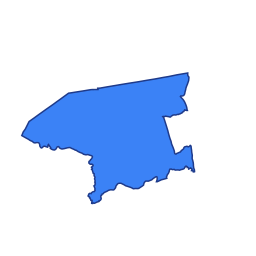 Emurua Dikirr, Rift Valley, Kenya, rotated 311°
{"feature_id": "3690345B94519254853834", "entity_name": "Emurua Dikirr", "entity_type": "district", "adm_level": 2, "iso_a3": "KEN", "parent_name": "Kenya", "parent_adm1": "Rift Valley", "projection": "mercator", "projection_center": [35.07, -1.004], "detail": "fine", "context": "isolated", "style": "filled", "palette": "blue", "viewbox_px": 256, "rotation_deg": 311, "n_neighbors": 0, "source": "geoboundaries", "source_scale": "gbopen_adm2", "svg_char_len": 5824}
<svg xmlns="http://www.w3.org/2000/svg" viewBox="0 0 256 256"><g transform="rotate(311 128 128)"><path d="M138.2,79.1L137.4,80.1L132.9,75.1L130.4,73.0L126.4,69.7L120.0,64.3L117.0,61.8L115.3,60.3L111.8,59.5L104.8,57.9L103.9,57.7L101.5,57.1L96.6,56.0L88.6,54.0L81.5,52.3L76.4,51.1L74.6,50.7L68.0,49.1L59.8,51.2L56.4,51.5L52.6,52.8L53.0,54.8L53.5,57.3L54.1,60.0L54.3,61.2L54.3,61.8L54.5,62.6L54.7,63.4L54.9,63.9L55.1,64.5L55.1,65.1L55.1,66.4L55.4,67.1L56.2,68.0L56.8,68.4L57.2,68.8L57.9,69.6L58.2,70.2L58.2,70.8L57.9,71.6L57.5,72.3L56.7,73.1L56.4,73.6L56.2,74.2L56.0,75.1L56.1,75.7L56.7,76.1L58.5,76.3L59.2,76.6L59.7,77.3L60.1,78.4L60.8,79.9L61.4,79.8L61.8,79.3L62.7,78.8L63.4,78.8L63.2,79.5L62.4,82.6L61.7,82.7L61.8,84.1L62.2,85.4L63.0,86.8L64.0,87.3L64.8,87.4L65.7,87.3L66.4,87.1L67.4,87.0L68.0,87.4L68.4,87.8L68.4,88.4L68.1,89.0L68.1,89.9L68.4,91.0L68.6,91.5L68.9,92.0L70.7,93.5L73.2,95.2L74.5,96.3L75.3,97.2L75.4,98.0L75.6,98.6L75.8,99.5L76.2,100.5L76.4,101.2L76.5,101.7L76.7,102.7L77.2,103.5L77.3,104.4L77.4,105.2L77.5,105.9L77.7,106.6L77.9,107.1L78.0,107.7L78.3,108.4L78.6,109.2L78.8,109.7L78.9,110.3L79.0,111.1L79.0,111.6L79.3,112.2L79.7,113.0L80.0,113.6L80.4,114.1L81.1,114.6L81.6,115.1L82.5,117.2L83.2,118.7L83.2,119.5L82.9,120.1L82.3,120.3L81.4,120.6L80.3,120.7L79.5,120.5L78.6,120.8L77.8,120.6L77.2,120.5L76.5,121.0L75.9,121.4L75.9,122.3L75.8,123.0L76.1,123.6L76.5,124.2L77.0,124.3L77.2,125.4L77.0,126.1L76.5,126.3L75.8,126.4L75.0,126.2L74.4,126.1L74.1,126.5L74.3,127.1L74.0,127.7L73.4,127.8L72.8,127.8L72.9,128.3L72.7,129.0L72.3,129.4L71.9,130.0L71.6,130.7L71.1,131.1L71.0,131.7L71.3,132.3L70.7,132.9L70.3,133.4L69.7,133.7L69.5,134.4L69.4,135.0L68.9,135.6L68.2,135.9L67.6,136.1L67.3,136.9L66.8,137.5L66.3,138.0L65.9,138.3L65.4,138.4L65.3,139.0L64.8,139.2L64.4,140.0L63.6,140.2L62.8,140.6L61.9,140.3L61.8,140.8L61.4,141.4L61.0,142.1L60.8,142.7L60.2,143.1L59.6,143.6L59.3,144.1L58.6,144.2L57.8,144.2L57.4,143.7L56.7,143.3L56.0,143.1L55.4,143.0L54.8,143.0L54.3,143.2L54.0,142.6L53.6,142.0L53.0,141.9L52.4,141.7L51.6,142.1L50.8,142.3L50.4,142.7L50.7,143.5L50.7,144.1L50.2,144.4L50.0,144.9L50.3,145.5L49.9,145.9L49.6,146.4L49.4,147.1L49.0,147.5L49.3,148.0L49.7,148.4L49.1,148.9L48.4,149.3L47.8,149.6L47.3,150.0L47.6,150.6L48.2,150.5L48.7,150.9L48.7,151.6L49.3,152.1L50.1,152.5L50.8,152.8L51.3,152.9L52.0,153.4L52.7,153.7L53.2,154.2L53.9,154.3L54.2,153.9L54.6,154.3L55.3,154.5L56.1,154.5L56.9,154.2L57.4,153.8L57.7,153.4L57.9,152.9L58.4,152.5L59.0,152.1L59.5,151.9L59.9,152.2L60.5,152.1L61.2,151.8L61.6,152.2L62.3,152.4L63.3,152.3L63.8,152.4L64.6,152.8L65.5,153.2L66.3,153.6L68.2,154.2L69.7,155.2L70.3,155.8L71.4,157.3L71.9,157.8L72.5,157.9L73.6,157.9L74.7,157.8L75.2,157.6L76.0,157.1L76.5,157.0L77.4,156.9L78.0,156.9L78.8,156.8L79.7,157.0L80.6,157.7L81.2,158.4L81.7,159.0L82.2,160.9L82.6,162.4L82.8,164.0L83.6,165.8L84.9,168.9L85.1,169.5L85.5,171.0L85.6,171.8L86.3,172.5L87.2,173.3L88.5,174.9L89.1,175.5L90.0,175.9L91.5,176.3L93.1,176.8L94.1,177.0L95.1,177.2L95.8,176.8L96.5,176.4L97.7,176.1L98.4,176.1L99.3,176.1L100.2,176.9L100.6,177.4L101.1,178.1L101.9,178.6L102.5,178.9L104.0,179.7L104.8,180.0L105.6,180.0L106.9,180.3L108.8,180.8L109.8,181.2L110.1,181.9L109.6,182.6L108.8,183.4L107.6,184.1L106.8,184.4L106.1,184.7L106.6,185.3L107.7,185.8L110.9,187.2L111.7,187.8L113.2,188.8L114.4,189.6L115.5,190.3L115.9,189.6L116.6,189.0L117.3,188.9L118.0,188.5L118.9,188.3L119.8,188.3L120.4,188.2L121.1,188.0L121.9,187.7L122.6,187.4L123.2,187.0L123.7,186.8L124.3,186.6L125.0,187.2L125.5,187.8L125.6,188.6L125.9,189.0L126.5,189.5L127.1,190.1L127.1,190.6L127.2,191.2L127.8,191.8L128.4,192.5L129.0,193.0L129.4,193.6L129.7,194.1L130.1,194.7L130.8,195.0L131.3,195.2L131.8,195.7L132.4,196.1L132.9,196.4L133.4,196.7L134.3,197.0L135.1,196.8L135.8,196.5L136.6,197.0L137.3,196.8L137.5,197.5L137.6,198.2L137.1,198.7L137.5,199.0L137.6,199.6L137.5,200.2L136.9,200.7L137.6,201.1L138.2,201.2L139.0,201.5L138.8,202.0L139.1,202.7L138.9,203.4L138.3,203.6L137.5,203.9L137.9,204.5L138.2,205.0L138.1,205.5L137.7,206.0L138.1,206.6L138.7,206.9L140.0,205.6L140.9,203.9L142.6,202.0L143.5,201.2L144.7,199.9L146.2,197.8L146.7,196.9L147.2,196.3L148.2,195.5L149.5,194.5L151.6,191.9L153.0,190.5L154.0,189.3L154.6,188.6L155.2,188.0L155.6,187.5L155.8,186.9L155.7,186.4L154.9,186.4L154.2,186.3L153.7,186.1L153.2,185.7L153.1,184.9L152.7,184.3L152.0,183.9L151.5,183.5L150.8,183.1L149.8,183.1L149.3,183.4L148.6,183.6L147.7,183.4L147.2,183.4L146.7,183.2L145.9,183.0L144.9,183.3L144.1,183.2L143.6,182.8L143.0,182.6L142.2,182.2L141.5,181.9L140.8,181.5L140.0,181.4L139.5,180.9L139.4,180.1L139.9,179.3L140.8,178.3L141.4,177.4L142.6,175.3L143.6,173.3L144.6,171.3L145.9,169.6L146.3,169.0L147.7,166.4L149.5,163.6L150.7,161.8L152.1,159.8L154.8,155.5L156.7,152.4L158.3,149.8L159.2,148.1L159.5,146.8L160.0,147.2L160.2,147.8L160.7,148.2L161.4,148.3L161.7,148.9L162.2,149.5L162.6,150.3L163.0,150.8L163.3,151.5L163.7,152.1L163.8,152.6L164.5,152.9L165.4,152.9L166.2,153.2L166.8,153.4L167.4,153.5L167.8,154.0L168.3,154.3L168.7,155.0L169.4,155.7L170.2,156.1L170.8,156.5L171.1,157.0L171.6,157.4L172.1,157.4L172.5,157.8L172.9,158.1L173.6,158.3L174.1,158.5L174.8,158.9L175.3,158.7L175.8,158.9L176.4,158.9L177.1,159.3L178.1,159.0L178.9,158.9L179.1,159.7L179.6,160.4L179.8,160.9L180.2,161.3L180.7,160.4L181.7,159.3L182.6,158.0L183.6,156.2L184.7,153.9L185.2,152.5L185.6,151.0L185.9,148.1L186.1,146.9L186.8,146.8L187.7,147.9L188.6,148.5L189.5,148.7L190.9,148.4L192.6,147.4L194.7,146.4L196.2,145.5L198.5,144.6L199.8,144.2L201.5,143.5L203.5,142.7L204.5,142.0L205.0,141.6L205.8,141.1L206.4,140.5L206.6,139.7L206.7,139.1L207.0,138.5L207.4,138.1L208.7,137.0L200.3,130.1L193.5,124.9L192.4,124.0L189.5,121.6L182.7,116.2L176.1,110.7L175.0,109.8L169.7,105.5L163.3,100.1L159.1,96.6L157.3,95.1L151.7,90.5L145.4,85.3L139.6,80.6L138.2,79.1Z" fill="#3b82f6" stroke="#1e3a8a" stroke-width="1.5"/></g></svg>